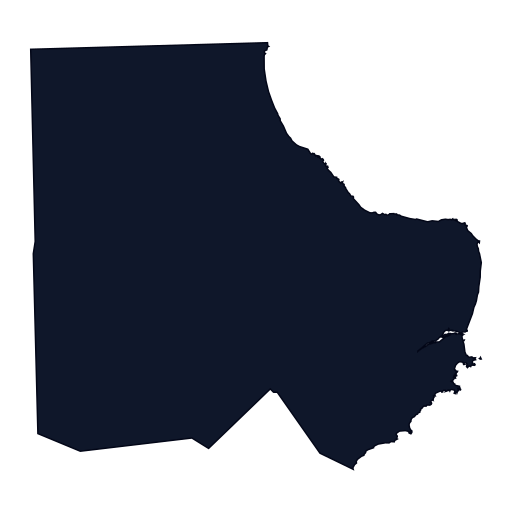 Deseado, Santa Cruz, Argentina
{"feature_id": "61730980B75519794586759", "entity_name": "Deseado", "entity_type": "district", "adm_level": 2, "iso_a3": "ARG", "parent_name": "Argentina", "parent_adm1": "Santa Cruz", "projection": "albers", "projection_center": [-66.461, -47.291], "detail": "fine", "context": "isolated", "style": "filled", "palette": "ink", "viewbox_px": 512, "rotation_deg": 0, "n_neighbors": 0, "source": "geoboundaries", "source_scale": "gbopen_adm2", "svg_char_len": 6105}
<svg xmlns="http://www.w3.org/2000/svg" viewBox="0 0 512 512"><path d="M30.7,49.3L35.2,241.5L33.3,253.7L37.9,433.6L80.3,451.2L191.9,438.0L208.6,448.4L270.3,388.9L273.5,392.2L277.3,392.3L320.0,453.2L353.2,469.3L352.8,467.9L354.5,464.7L356.5,463.0L356.1,461.7L357.4,459.4L361.4,456.3L363.9,455.3L364.1,454.3L365.6,452.6L365.7,451.3L367.7,449.8L373.6,447.7L373.5,446.9L374.7,445.8L378.1,444.1L385.4,442.8L389.1,442.9L390.8,441.6L394.3,441.8L394.6,440.5L397.3,439.0L396.4,438.5L397.3,436.7L397.2,435.9L396.1,434.6L396.4,433.3L399.4,431.1L405.3,430.6L408.0,431.2L409.2,432.6L410.2,431.5L410.6,432.1L411.2,431.8L410.9,433.3L410.2,433.5L410.9,433.8L411.8,432.5L411.9,431.5L411.6,431.0L410.9,431.3L411.5,430.5L410.7,430.1L409.6,427.9L409.0,424.8L409.6,422.8L410.9,421.4L411.0,420.0L411.5,418.6L412.7,417.4L414.3,416.7L416.1,414.5L417.5,414.1L418.1,412.9L419.8,412.2L419.8,411.2L420.5,410.5L420.6,409.1L421.7,408.5L423.6,406.1L426.2,406.1L427.0,405.0L429.9,405.1L431.2,404.3L431.6,403.4L431.4,402.7L430.4,402.5L430.8,401.8L430.7,401.4L432.5,399.9L432.9,400.1L432.7,399.6L433.2,399.4L433.6,397.5L434.0,397.3L433.6,395.9L435.2,395.9L434.6,394.8L435.8,393.0L440.3,391.0L442.0,391.6L441.9,392.4L442.0,392.7L442.1,391.8L442.7,391.7L442.6,390.9L443.9,390.2L445.7,390.4L446.0,390.9L445.6,391.4L447.0,391.0L448.1,390.0L448.6,390.5L449.4,390.3L449.8,391.0L450.3,389.8L451.6,389.5L454.1,390.0L455.1,391.8L454.8,392.3L454.0,392.0L454.7,392.6L454.3,393.3L455.4,393.6L455.3,392.9L455.7,392.8L455.2,392.4L455.5,391.6L456.6,392.1L457.1,391.6L457.2,392.2L457.6,391.1L459.0,390.4L458.0,390.4L458.3,390.0L458.0,389.0L459.4,390.1L458.9,389.5L459.3,388.6L459.7,389.6L460.3,390.0L460.6,389.7L459.3,388.3L460.0,388.0L459.3,387.3L459.5,386.3L455.5,385.4L454.7,384.5L454.7,384.0L453.8,383.8L452.5,381.2L452.0,381.8L451.1,381.3L453.5,379.6L454.2,378.1L455.5,378.1L455.3,377.4L454.4,377.2L454.8,377.0L454.7,376.6L453.8,376.2L454.1,375.3L454.7,375.1L454.8,375.7L455.8,375.5L456.1,376.0L456.5,375.8L456.2,375.6L456.4,374.9L455.3,374.3L455.3,373.6L456.2,373.3L456.2,372.6L457.0,372.3L456.9,371.8L457.4,371.3L455.9,371.0L455.4,370.0L454.7,370.0L454.4,369.0L455.5,365.4L457.5,363.0L459.6,361.7L462.5,362.1L463.4,362.8L463.6,363.6L462.9,364.1L463.4,364.0L463.7,364.5L464.3,364.4L463.7,364.1L464.2,362.9L466.0,362.9L467.1,364.0L466.5,366.5L467.0,367.1L467.1,366.3L467.5,366.2L467.7,367.3L469.2,365.9L470.7,366.6L471.4,365.1L474.5,365.3L475.1,364.8L474.5,363.7L472.9,364.1L472.3,362.8L472.6,362.3L472.3,361.8L472.9,360.4L475.3,359.8L475.0,359.5L475.5,359.3L475.4,358.9L474.1,358.4L474.8,357.8L473.1,357.9L471.9,356.9L468.9,357.3L467.8,356.3L467.5,355.5L466.4,355.5L464.9,352.0L463.9,344.1L463.0,341.4L463.2,340.5L464.0,340.6L464.2,340.1L463.2,340.3L462.6,339.8L462.4,339.0L463.0,338.8L462.4,338.8L461.9,336.7L462.0,336.0L462.5,335.6L460.5,334.4L460.9,333.9L461.6,334.4L463.3,334.2L462.5,333.7L461.7,334.1L460.8,333.7L459.2,333.6L456.1,334.4L454.6,333.1L453.3,333.7L451.7,333.7L450.6,334.7L447.1,336.5L446.2,336.3L439.4,341.9L436.3,342.1L435.0,342.9L433.9,342.4L432.8,343.2L428.0,344.6L426.6,345.9L421.3,348.7L417.8,351.5L417.8,351.1L427.5,343.0L429.3,342.7L432.5,340.9L435.5,341.1L436.8,339.6L437.5,339.6L440.0,336.7L441.4,336.0L442.9,334.2L443.5,332.4L445.4,330.5L447.3,330.1L448.2,330.7L449.0,330.5L448.5,329.0L448.7,328.4L449.1,328.7L449.1,330.8L450.9,330.2L452.3,330.3L452.1,330.7L453.1,331.0L453.9,330.7L458.3,331.8L460.4,333.1L462.9,331.9L465.3,331.9L466.7,330.6L466.9,330.6L466.8,331.2L467.2,331.1L467.2,330.3L466.5,330.1L466.5,329.1L472.4,313.7L473.9,307.3L475.4,304.0L476.4,300.7L477.4,294.9L478.5,292.1L478.8,286.6L480.2,277.1L480.3,270.9L481.3,262.6L479.5,253.7L478.6,251.4L478.3,248.6L477.3,246.4L477.0,244.4L477.3,243.1L478.0,242.1L478.6,242.0L479.3,242.7L479.5,241.0L478.3,240.9L475.9,239.0L472.6,235.6L471.3,233.6L467.7,230.6L466.5,227.7L466.5,226.3L467.0,226.3L467.1,225.6L465.1,225.1L464.5,223.8L465.2,223.7L464.8,222.8L462.1,223.6L460.8,223.3L457.2,221.4L457.1,220.3L456.6,220.4L457.0,219.9L456.6,219.4L455.9,219.4L456.1,220.0L455.3,220.3L454.4,220.1L454.1,219.4L452.9,219.6L452.7,218.9L451.4,219.8L450.2,219.3L448.1,219.6L445.4,219.2L441.4,219.8L438.4,221.5L432.2,220.8L427.6,221.8L416.6,219.0L415.4,219.5L409.9,218.6L401.2,216.2L399.6,215.1L397.3,214.9L396.8,214.2L396.5,214.6L395.9,214.0L393.9,214.0L393.8,213.6L389.6,213.8L389.1,214.6L386.9,215.3L385.9,214.3L384.6,214.7L382.5,213.4L380.5,214.8L378.8,214.9L376.9,214.0L375.6,212.3L373.9,212.3L372.3,212.9L369.9,212.8L364.5,210.1L360.6,207.2L358.9,204.7L353.3,198.6L353.5,197.1L353.0,196.3L350.9,196.1L349.4,193.5L348.4,192.8L345.8,188.7L345.5,187.5L343.9,185.9L344.2,185.0L344.0,184.3L343.1,183.9L342.3,182.6L342.5,182.1L341.9,182.5L342.2,181.9L341.4,182.0L340.7,182.8L339.9,182.5L338.5,180.8L338.9,179.7L338.6,179.1L336.8,178.5L336.7,177.3L333.8,176.9L330.8,172.4L328.3,170.1L327.1,168.1L327.5,167.3L327.1,167.0L327.9,167.1L327.6,166.2L325.9,166.4L325.5,166.0L325.7,165.4L325.1,164.2L325.5,164.6L325.6,163.8L325.9,164.4L326.0,163.7L324.3,163.7L322.6,161.8L323.5,160.2L323.0,159.2L322.2,158.7L321.6,159.2L319.9,158.3L320.0,157.6L319.0,157.4L319.9,156.9L319.0,156.0L318.0,155.8L317.7,156.7L317.0,155.7L316.3,155.5L315.8,156.1L315.1,155.0L315.1,155.8L314.0,153.7L312.4,153.3L311.7,154.2L310.6,153.7L307.8,149.2L299.4,146.5L296.3,144.8L292.0,140.9L290.6,138.2L288.8,136.5L286.5,133.3L283.4,126.1L280.2,120.7L280.1,118.7L277.9,115.1L277.7,113.8L274.6,108.0L271.6,100.4L268.5,91.6L266.0,81.1L264.2,69.0L264.1,56.6L264.3,54.8L265.5,53.6L264.4,52.8L264.4,50.9L266.8,49.9L267.4,47.0L268.7,46.4L267.8,45.8L267.5,42.7L30.7,49.3ZM450.3,333.5L448.6,333.4L447.1,334.4L444.9,334.4L443.4,335.9L443.5,337.0L443.1,337.5L444.0,337.8L446.8,335.2L448.4,335.4L448.7,334.3L448.9,334.8L448.6,335.1L448.9,335.2L450.3,334.1L450.3,333.5ZM481.2,359.0L480.5,357.5L480.2,358.2L479.5,358.5L480.2,359.1L481.2,359.0ZM431.4,341.9L432.4,342.1L433.1,341.5L432.4,341.2L431.4,341.9ZM456.5,333.6L455.8,332.9L455.0,333.2L456.1,334.2L456.5,333.6ZM442.0,336.7L441.9,335.8L440.3,336.9L441.1,337.1L442.0,336.7ZM429.5,342.8L431.0,342.6L430.5,342.1L429.5,342.8Z" fill="#0f172a" stroke="#020617" stroke-width="1.5"/></svg>